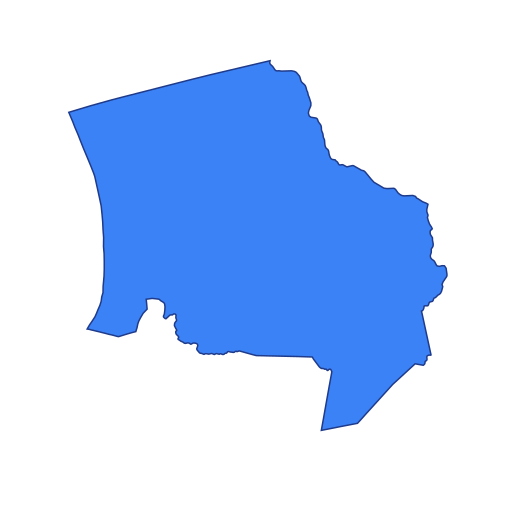 Wisconsin, Albers equal-area conic projection, rotated 166°
{"feature_id": "USA-3553", "entity_name": "Wisconsin", "entity_type": "State", "adm_level": 1, "iso_a3": "USA", "parent_name": "United States of America", "parent_adm1": "", "projection": "albers", "projection_center": [-89.863, 44.9], "detail": "fine", "context": "isolated", "style": "filled", "palette": "blue", "viewbox_px": 512, "rotation_deg": 166, "n_neighbors": 0, "source": "natural_earth", "source_scale": "10m", "svg_char_len": 6087}
<svg xmlns="http://www.w3.org/2000/svg" viewBox="0 0 512 512"><g transform="rotate(166 256 256)"><path d="M408.8,211.0L410.0,211.5L413.5,213.5L415.6,214.6L417.5,215.5L419.3,216.5L421.1,217.5L424.7,219.4L426.5,220.4L428.3,221.3L430.2,222.3L432.0,223.3L433.7,224.1L435.4,225.1L437.5,226.0L434.1,229.5L431.0,232.2L427.0,235.9L424.5,239.1L422.5,241.9L419.4,245.9L417.2,249.5L415.6,253.6L413.3,257.5L411.7,263.5L408.4,273.0L406.5,279.7L404.6,287.3L402.8,295.1L401.7,302.0L399.4,310.7L398.1,318.3L396.5,326.2L395.3,333.7L394.1,342.2L393.9,347.6L393.6,357.1L393.4,364.8L393.2,372.2L393.5,375.8L394.5,383.3L395.9,392.6L397.4,402.3L398.4,409.7L399.3,416.8L400.6,424.7L401.3,430.5L402.9,440.7L390.4,441.3L379.9,441.8L358.0,442.4L347.9,442.5L276.7,442.9L256.4,442.9L195.1,442.1L195.9,440.4L196.0,439.6L195.6,438.4L194.1,436.1L193.7,435.2L192.6,432.1L191.7,430.9L190.4,430.4L189.0,430.2L186.4,429.2L176.7,427.1L174.2,425.9L172.9,424.9L172.2,423.9L170.3,420.0L170.1,418.6L170.0,415.3L169.7,413.9L169.1,412.8L167.6,410.7L167.0,409.4L166.7,407.6L166.7,404.1L166.4,403.2L166.3,402.2L166.4,399.4L166.0,396.7L165.7,391.3L166.4,388.6L169.5,384.4L170.6,382.0L170.5,379.1L169.2,377.4L164.3,375.3L163.7,374.7L163.3,373.9L163.1,371.8L162.9,370.9L162.6,370.1L161.9,368.5L161.6,367.7L161.4,366.8L161.4,365.8L161.5,364.8L161.9,362.9L162.0,361.9L161.9,360.9L161.6,358.9L161.6,357.8L161.9,355.4L161.9,354.6L161.5,352.5L161.5,351.8L162.2,347.6L162.3,346.1L162.1,344.6L161.9,343.9L161.6,343.3L160.8,342.3L160.5,341.8L160.3,341.1L160.2,340.5L160.2,339.8L160.4,337.5L160.4,335.7L160.1,333.8L159.9,332.9L159.6,332.2L159.0,331.5L158.3,331.1L155.9,330.1L155.5,329.1L154.2,327.4L153.9,326.3L153.8,325.7L153.6,325.2L153.4,324.7L153.1,324.3L152.4,324.0L150.3,323.8L149.9,323.6L149.5,323.4L146.4,320.6L146.0,320.5L140.6,320.4L139.9,320.2L139.3,319.8L132.9,313.7L130.8,312.6L129.7,311.1L125.7,302.7L123.7,299.0L115.5,290.9L112.5,289.7L106.1,288.4L105.4,288.0L104.8,287.3L104.3,286.4L103.0,283.0L101.5,280.9L99.7,279.3L97.7,278.5L89.2,276.8L86.8,275.2L86.6,274.7L86.4,273.9L86.0,273.2L85.1,272.5L81.3,268.4L78.0,266.0L76.6,264.6L79.0,259.9L79.5,257.8L79.5,256.8L79.2,254.3L79.4,253.5L80.2,252.2L80.4,251.7L80.3,248.4L79.9,245.0L78.7,241.5L78.4,239.8L79.2,239.1L80.4,238.7L81.1,237.7L81.5,236.1L81.5,234.4L80.6,231.7L80.4,231.3L80.5,230.4L80.9,228.8L81.1,225.3L81.4,223.9L81.9,222.7L82.7,221.7L83.6,221.0L84.3,220.2L84.6,218.8L85.1,217.0L86.7,214.4L87.0,213.0L86.8,211.5L86.1,210.2L85.1,209.1L84.2,207.8L83.9,206.7L83.2,203.7L82.6,202.5L80.5,201.6L77.8,201.6L75.5,200.9L74.5,198.1L75.1,192.3L75.4,191.0L75.9,190.0L80.8,185.6L82.4,183.3L82.2,181.1L84.5,176.9L86.1,175.1L87.8,174.3L88.8,174.1L91.8,172.3L93.2,172.1L93.7,171.9L93.9,171.6L94.6,170.5L94.7,170.3L94.9,170.1L95.2,169.8L95.6,169.4L96.2,169.3L98.4,169.3L99.2,168.9L100.5,166.9L101.3,166.2L102.2,166.3L103.6,166.7L104.8,166.8L105.3,166.1L105.6,165.1L106.3,164.0L107.0,163.2L107.7,162.7L108.8,162.5L108.8,160.0L110.1,117.7L110.3,117.5L110.5,117.5L111.3,117.8L112.2,118.0L113.2,117.9L113.9,117.7L114.2,117.5L114.4,117.3L114.5,117.1L114.7,116.8L115.0,114.8L115.1,114.3L115.3,113.9L115.5,113.6L115.8,113.4L116.1,113.2L117.0,113.0L117.3,112.8L117.5,112.5L118.0,111.2L118.4,110.5L119.3,109.9L120.1,109.5L127.7,112.9L154.5,98.3L160.0,94.6L187.2,76.4L192.6,72.7L198.0,69.1L207.2,69.6L216.4,70.1L221.0,70.3L234.8,71.0L230.3,81.0L219.9,104.3L213.9,117.6L212.4,120.9L210.4,125.4L210.7,126.9L210.9,127.7L211.1,128.0L211.5,128.3L212.1,128.4L212.5,128.3L212.9,128.2L213.9,127.6L214.2,127.6L214.6,127.8L215.1,128.9L215.4,129.3L216.5,129.5L217.0,129.7L217.4,130.2L217.9,130.5L218.5,130.8L219.0,130.8L219.6,131.0L220.1,131.4L220.8,132.2L221.4,133.1L225.2,142.1L225.6,143.7L225.8,144.1L226.0,144.5L227.6,144.9L232.2,146.2L239.2,148.2L261.9,154.4L270.0,156.6L273.2,157.5L279.8,159.3L284.2,161.7L295.1,167.9L295.8,167.9L296.2,167.9L297.0,167.8L297.4,167.8L297.8,167.9L298.2,168.3L298.7,168.4L299.2,168.4L300.3,167.9L300.7,167.9L301.2,167.9L301.8,168.1L302.6,168.5L303.8,168.9L305.7,169.9L306.3,170.0L306.8,169.9L307.9,169.0L308.3,168.9L308.7,168.9L309.1,169.0L309.5,169.0L309.9,168.9L310.6,168.5L310.9,168.4L311.3,168.4L311.8,168.4L312.3,168.6L312.9,169.0L313.8,169.6L314.3,169.8L314.8,169.8L315.1,169.6L315.5,169.6L315.9,169.8L317.8,170.8L318.3,170.9L318.8,170.9L319.9,170.5L320.4,170.6L320.9,170.9L322.3,172.0L322.6,172.1L323.5,172.2L325.4,172.2L325.8,172.3L326.3,172.5L327.2,173.0L328.2,173.3L328.6,173.4L329.1,173.4L329.9,173.2L330.3,173.2L330.7,173.4L332.1,174.5L332.5,174.7L333.3,175.0L333.8,175.3L334.3,175.8L335.8,178.9L336.0,179.5L335.9,180.2L335.8,180.7L335.5,181.0L334.4,182.7L334.2,183.1L334.1,183.5L334.1,184.0L334.2,184.6L334.8,185.3L335.2,185.7L336.0,186.1L336.8,186.4L337.7,186.7L338.2,186.7L339.0,186.5L340.2,186.2L340.5,186.2L340.7,186.3L340.9,186.4L341.5,187.2L341.8,187.5L342.1,187.7L342.4,187.9L343.3,188.2L345.7,188.3L346.1,188.5L346.5,188.7L346.8,188.9L347.0,189.2L347.7,190.1L348.0,190.4L349.3,191.3L349.8,191.8L350.5,192.7L351.3,193.5L351.7,193.9L351.7,194.1L351.7,194.4L351.6,194.8L351.4,195.1L350.8,195.6L350.7,196.0L350.7,196.6L351.1,197.4L352.1,199.0L352.3,199.4L352.4,200.0L352.4,201.0L352.3,201.6L352.1,202.1L351.9,202.4L351.5,202.5L351.2,202.7L350.9,203.0L350.9,203.7L351.4,205.3L351.9,207.7L352.0,208.2L351.9,208.5L351.8,208.9L351.5,209.7L351.2,210.4L350.9,210.7L350.7,211.0L348.9,212.4L348.7,212.7L348.6,213.2L348.5,213.8L348.7,214.8L348.7,215.4L348.6,215.9L348.0,217.6L347.9,218.1L348.1,218.6L348.4,219.1L349.3,219.6L349.8,219.7L350.2,219.6L350.9,219.2L351.2,219.1L351.6,219.1L352.9,219.5L353.4,219.5L353.8,219.4L354.2,219.3L358.1,217.1L358.5,216.9L358.8,217.0L359.2,217.2L359.5,217.6L360.0,218.3L360.4,219.0L360.5,219.4L360.4,219.8L360.2,220.3L359.4,221.3L359.0,221.9L357.7,225.1L356.7,228.3L356.5,229.3L356.3,231.7L356.4,232.3L356.8,233.0L357.7,234.1L359.0,235.4L359.6,236.1L359.9,236.6L360.0,237.0L360.9,237.7L364.1,238.9L367.1,240.0L370.1,240.3L373.0,240.6L373.6,236.4L374.5,230.8L379.4,227.7L383.0,224.0L385.4,221.3L387.1,218.7L388.8,215.2L390.9,211.7L394.2,211.7L400.1,211.5L408.8,211.0Z" fill="#3b82f6" stroke="#1e3a8a" stroke-width="1.5"/></g></svg>